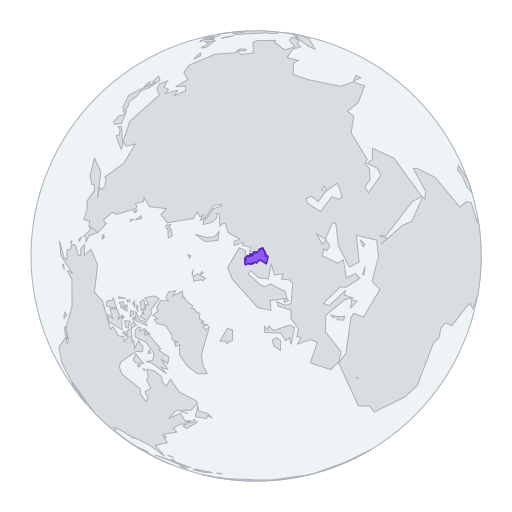 the Earth from above Karelia, rotated 262°
{"feature_id": "RUS-2353", "entity_name": "Karelia", "entity_type": "Republic", "adm_level": 1, "iso_a3": "RUS", "parent_name": "Russia", "parent_adm1": "", "projection": "orthographic", "projection_center": [34.102, 63.665], "detail": "fine", "context": "on_globe", "style": "filled", "palette": "violet", "viewbox_px": 512, "rotation_deg": 262, "n_neighbors": 0, "source": "natural_earth", "source_scale": "10m", "svg_char_len": 14915}
<svg xmlns="http://www.w3.org/2000/svg" viewBox="0 0 512 512"><g transform="rotate(262 256 256)"><circle cx="256" cy="256" r="225" fill="#eef3f6" stroke="#a8b0b8"/><path d="M119.8,76.6L122.8,74.4L157.0,56.4L132.9,67.4L142.4,61.7L153.8,56.1L151.9,57.4L165.6,52.9L176.8,49.0L193.0,48.1L201.7,56.0L195.3,56.6L198.1,58.7L206.3,58.3L210.9,57.6L231.6,66.8L258.3,70.5L267.7,67.2L264.9,71.7L283.3,62.9L298.4,63.5L280.8,65.7L278.5,68.1L288.4,69.8L288.2,72.7L292.9,75.3L291.8,78.8L281.6,80.1L280.6,82.5L287.7,83.5L291.1,87.9L280.8,86.0L285.6,93.5L269.3,97.9L242.8,91.0L233.0,97.6L203.8,101.7L205.8,104.8L196.0,108.8L194.6,113.8L189.6,113.5L192.9,117.9L197.7,117.3L200.8,119.1L200.4,122.2L193.9,122.1L193.2,120.6L191.1,122.2L188.0,120.9L189.3,123.3L181.5,123.0L188.6,127.8L181.9,131.5L176.9,130.1L178.3,124.3L170.1,107.8L165.4,105.1L157.5,107.0L140.7,122.7L135.2,122.5L127.1,126.6L129.7,129.3L136.9,127.1L139.7,133.4L148.3,130.3L150.7,132.5L159.1,132.0L156.8,138.6L150.1,145.4L143.0,146.3L139.8,149.4L145.8,154.1L131.8,161.3L121.3,176.2L117.8,177.6L112.3,169.9L114.3,155.6L107.2,146.9L110.8,159.3L101.9,163.0L100.0,166.6L99.9,170.5L102.9,171.8L99.6,174.6L94.9,163.1L97.8,160.3L99.3,163.9L100.1,157.4L96.9,150.2L92.7,152.9L92.3,140.1L89.2,142.0L87.5,140.5L92.3,138.2L83.6,142.2L82.4,129.9L70.5,137.7L83.3,124.5L88.6,117.0L93.9,108.9L92.0,110.0L101.7,98.6L106.1,91.3L101.2,93.0L92.7,100.9L82.5,112.7L82.4,113.7L76.7,122.1L74.3,122.8L63.3,139.7L61.7,142.0L71.2,127.2L81.8,113.1L93.5,100.0L106.2,87.8L119.8,76.6ZM47.5,170.7L47.0,172.3L44.4,180.6L41.9,186.0L42.4,187.0L39.6,195.4L35.9,216.7L35.5,216.3L32.0,241.2L32.0,264.8L32.0,273.8L31.6,273.9L32.5,282.0L32.6,283.9L39.6,316.3L46.2,336.4L48.0,342.3L47.6,341.5L42.0,326.5L37.6,311.2L34.2,295.7L32.0,279.9L30.9,264.1L30.9,248.1L32.0,232.3L34.2,216.5L37.6,200.9L42.0,185.7L47.5,170.7ZM67.8,139.1L55.4,162.0L59.3,151.4L59.1,152.8L62.9,146.4L69.0,136.1L73.3,127.7L67.8,139.1ZM69.1,143.9L71.0,140.3L69.6,143.5L69.1,143.9ZM213.1,56.8L206.4,58.0L199.2,57.5L204.7,56.1L213.1,56.8ZM226.9,59.1L223.7,60.3L220.9,57.3L223.6,57.5L226.9,59.1ZM274.5,64.4L269.1,64.1L274.4,63.4L274.5,64.4ZM293.8,75.0L295.4,74.3L297.1,76.0L293.8,75.0ZM159.8,128.5L159.4,130.2L158.0,129.4L159.8,128.5ZM163.8,126.7L162.4,124.6L164.1,123.4L164.9,124.8L163.8,126.7ZM297.0,82.9L299.4,86.1L295.2,83.1L297.0,82.9ZM165.0,129.7L167.3,121.7L170.3,119.8L175.8,123.4L165.0,129.7ZM299.6,88.0L305.4,95.9L309.4,94.7L301.3,102.7L299.1,93.2L293.3,89.6L298.0,90.1L299.6,88.0ZM199.4,115.8L194.2,116.6L198.9,113.2L199.4,115.8ZM201.7,113.2L211.6,100.7L219.1,101.3L214.2,105.3L224.2,104.0L223.0,110.4L217.2,112.6L212.6,110.9L215.7,114.7L201.7,113.2ZM295.9,106.0L295.8,108.2L294.0,106.2L295.9,106.0ZM202.4,119.6L203.7,116.9L210.3,117.2L208.8,122.6L207.1,120.8L202.4,119.6ZM227.4,100.7L232.1,102.0L232.3,107.5L234.2,108.8L223.6,110.7L227.4,100.7ZM205.5,122.3L207.9,125.4L204.4,128.1L201.5,122.3L205.5,122.3ZM212.6,115.1L215.7,115.5L213.5,117.0L212.6,115.1ZM193.6,139.8L195.1,136.4L198.6,136.2L193.6,139.8ZM209.0,126.4L210.2,125.5L211.7,125.1L212.6,127.7L209.0,126.4ZM224.5,114.5L223.7,116.6L228.9,114.0L229.3,118.2L222.1,118.7L225.4,120.2L225.5,121.5L219.5,120.6L224.5,114.5ZM218.1,129.2L209.2,131.7L205.7,137.9L202.4,138.2L208.6,128.1L218.1,129.2ZM219.5,124.2L217.9,127.3L214.6,126.0L213.7,123.0L219.5,124.2ZM232.1,120.9L233.3,114.3L234.8,114.4L232.1,120.9ZM217.8,131.3L219.9,130.7L217.9,131.9L217.8,131.3ZM228.4,124.3L228.6,121.9L230.4,122.1L228.4,124.3ZM224.1,131.5L221.2,132.2L220.4,130.2L224.1,131.5ZM226.6,128.4L228.9,129.3L221.9,129.0L226.4,127.3L226.6,128.4ZM230.0,124.9L231.1,124.2L229.7,125.8L230.0,124.9ZM228.5,139.0L219.9,139.2L218.3,134.6L226.9,135.0L228.5,139.0ZM187.3,470.6L173.5,463.4L179.0,461.8L176.7,457.4L159.7,440.4L163.4,434.4L159.0,429.1L149.8,426.0L144.8,419.3L139.3,416.4L105.5,397.8L95.6,383.8L85.0,351.5L91.4,347.6L93.4,336.5L138.4,323.0L147.0,331.5L181.5,341.3L185.6,344.6L180.6,354.0L205.6,374.1L214.8,367.4L238.5,377.3L254.9,377.7L262.5,358.2L235.7,357.3L232.0,346.9L254.3,339.1L277.9,339.6L277.2,335.6L263.1,327.0L269.4,319.1L258.3,323.3L262.2,327.6L255.4,330.5L251.4,326.8L253.8,324.0L246.9,321.9L237.4,336.1L240.3,342.0L221.8,342.4L224.8,352.3L219.5,355.8L212.4,340.5L213.7,335.3L199.8,316.0L196.7,321.4L209.6,340.1L205.2,337.9L201.1,345.8L200.7,338.1L187.4,316.7L171.2,314.2L149.2,326.9L140.0,323.5L133.1,314.2L142.6,294.9L162.0,304.8L165.6,298.5L163.0,285.0L169.1,289.3L170.4,285.1L177.8,288.1L189.6,281.7L197.3,283.5L203.2,271.0L208.0,270.3L203.1,277.8L203.9,284.2L223.3,288.5L227.4,286.3L229.7,278.0L234.7,280.4L234.5,271.8L246.2,269.9L231.6,265.1L233.9,255.7L241.7,249.3L239.8,245.5L227.1,255.9L224.4,260.9L226.3,266.5L216.7,280.0L209.8,280.8L209.9,263.8L200.1,263.2L204.5,250.7L236.0,229.5L248.5,226.2L266.5,240.5L262.8,246.6L254.6,244.3L261.0,255.2L261.1,250.1L265.3,252.2L268.5,244.2L271.6,245.3L269.4,235.8L273.6,236.3L274.9,242.4L283.3,231.4L292.3,230.4L292.7,227.4L290.6,224.4L303.5,225.4L303.2,223.2L298.9,222.0L295.4,216.8L294.5,208.2L299.0,209.0L300.0,212.2L308.8,220.4L310.7,229.1L312.4,228.6L311.9,221.2L301.1,211.2L299.2,205.8L304.9,209.7L302.7,207.8L303.2,205.4L307.9,203.9L301.9,199.3L301.2,172.9L310.2,167.6L315.4,173.8L319.7,157.3L329.6,153.3L325.5,152.1L324.8,143.8L321.7,144.9L319.7,143.7L316.6,123.7L319.3,119.9L313.4,110.6L311.3,110.1L308.9,112.3L301.3,102.7L309.4,94.7L313.7,96.3L315.9,90.5L325.4,95.1L334.2,96.4L343.3,105.2L349.5,105.7L349.7,103.4L358.2,102.7L375.3,109.7L360.9,114.1L335.1,107.0L345.6,110.6L343.1,112.9L346.7,116.2L354.1,118.6L355.1,117.0L366.2,138.0L383.7,152.1L382.8,142.8L387.7,140.3L406.9,149.7L428.9,182.8L435.6,181.1L439.7,184.2L441.7,192.6L436.0,188.2L433.3,192.6L429.7,189.0L431.1,201.6L426.0,197.1L429.6,209.3L434.1,209.7L434.8,200.1L440.1,213.1L447.5,210.1L454.3,216.2L461.6,243.9L460.1,262.8L461.3,266.0L457.6,269.4L457.4,281.6L467.9,282.8L469.2,286.6L466.7,305.9L465.8,303.6L456.2,312.7L457.7,323.8L465.1,318.9L467.8,322.4L463.6,329.0L460.5,326.4L457.0,329.4L455.6,320.9L448.1,314.4L443.7,325.2L441.7,320.0L430.8,317.9L423.1,332.8L412.4,363.0L414.8,376.6L409.4,387.3L393.6,378.4L386.7,366.7L380.8,372.3L364.6,367.3L336.3,379.6L332.4,376.5L327.0,380.6L315.6,379.6L309.7,373.6L302.8,375.9L318.5,391.0L326.0,388.4L332.4,378.9L335.4,384.7L346.4,386.4L333.7,406.2L291.8,428.5L288.1,418.3L257.8,387.2L258.9,383.0L258.8,382.5L258.5,381.6L255.4,388.5L250.3,381.3L266.1,405.5L268.6,415.1L291.2,429.2L289.0,431.1L296.4,433.1L320.5,424.0L320.5,427.4L309.0,444.3L276.0,464.6L280.6,471.8L278.6,476.6L258.5,479.8L260.9,481.1L250.6,481.2L234.5,480.2L218.5,478.1L202.8,474.9L187.3,470.6ZM122.0,337.6L120.5,340.9L122.0,337.6ZM302.5,349.5L316.8,346.9L310.9,335.1L316.0,333.2L312.1,330.0L310.4,334.3L301.1,325.0L307.5,319.4L306.0,313.7L301.1,314.3L290.9,326.1L304.2,339.3L300.7,345.5L302.5,349.5ZM35.8,217.4L35.1,221.0L35.4,217.5L35.8,217.4ZM58.3,151.6L56.4,155.8L54.9,158.6L56.1,155.7L58.3,151.6ZM46.5,187.1L45.1,192.5L45.8,187.6L46.5,187.1ZM53.8,165.5L47.5,183.0L49.1,174.3L53.3,163.6L51.3,169.9L53.8,165.5ZM66.7,144.1L65.2,147.0L64.6,146.9L66.7,144.1ZM68.1,146.3L68.4,145.3L69.8,143.5L68.1,146.3ZM102.2,163.7L102.5,164.7L101.6,168.8L100.6,167.1L102.2,163.7ZM106.9,186.1L101.6,190.2L104.6,185.9L102.0,184.2L105.2,173.5L116.2,177.7L110.6,177.6L106.9,186.1ZM112.6,160.8L109.3,166.8L112.5,160.1L112.6,160.8ZM170.4,260.2L172.4,264.6L168.9,268.6L159.1,267.1L164.1,261.2L170.4,260.2ZM176.2,269.9L179.1,253.9L185.3,254.5L181.3,256.8L185.1,258.8L179.7,263.1L182.9,279.6L180.0,284.3L163.5,278.5L170.5,277.7L168.0,273.4L176.2,269.9ZM175.4,214.8L176.7,208.6L188.5,217.7L185.9,222.5L176.0,221.1L173.2,214.7L175.4,214.8ZM174.5,138.1L174.2,135.7L176.0,135.6L177.7,137.6L174.5,138.1ZM194.0,138.2L177.4,148.8L176.3,146.5L168.0,155.9L161.7,153.5L167.3,147.5L156.3,152.9L158.9,146.5L151.7,150.9L164.9,137.6L166.7,132.3L167.0,139.1L172.7,141.3L175.7,140.7L185.7,135.2L192.5,125.2L199.2,126.1L202.2,129.4L201.5,131.9L197.4,130.5L199.5,134.9L193.0,134.8L194.0,138.2ZM232.7,171.5L228.1,168.1L231.3,178.3L224.8,177.7L225.6,178.9L220.5,181.2L215.7,186.3L212.9,185.0L212.2,187.5L208.9,189.2L207.0,192.3L201.3,191.3L198.6,195.0L197.5,192.4L194.3,199.2L194.1,193.8L189.7,195.6L192.2,199.9L166.1,188.3L155.3,188.2L146.4,191.2L147.3,181.8L156.2,173.1L168.7,166.5L179.0,168.2L177.5,163.8L182.0,163.4L181.3,167.0L185.1,161.2L188.6,161.9L199.7,156.9L203.0,148.4L207.2,146.5L207.6,150.2L211.5,145.7L215.1,151.4L218.2,150.3L224.9,154.9L224.0,162.9L227.5,161.0L232.7,164.6L232.7,171.5ZM230.2,140.5L230.6,149.8L227.3,154.2L217.0,144.4L213.8,144.7L207.1,138.8L212.1,132.7L213.5,134.9L216.1,135.6L213.5,137.2L217.5,136.5L219.6,139.6L223.3,139.9L222.4,142.8L230.2,140.5ZM191.0,342.0L194.3,343.5L199.6,344.5L197.1,349.6L191.0,342.0ZM181.6,327.6L184.7,327.9L183.8,335.4L180.3,333.9L181.6,327.6ZM187.1,321.9L184.9,327.4L184.1,323.6L187.1,321.9ZM206.1,277.7L209.5,277.6L209.5,279.7L207.3,282.2L206.1,277.7ZM241.0,202.8L238.9,199.8L240.1,198.8L239.8,190.9L244.5,190.9L246.6,195.7L241.0,202.8ZM257.5,361.7L252.4,365.5L250.1,363.6L252.3,362.7L257.5,361.7ZM223.0,358.9L230.5,362.5L222.2,360.3L223.0,358.9ZM246.1,201.4L245.5,198.2L248.3,200.2L246.1,201.4ZM248.0,190.5L251.5,192.2L245.1,190.0L248.0,190.5ZM317.3,469.2L301.9,476.5L291.2,478.5L289.2,478.3L294.8,474.6L307.3,471.1L313.4,467.5L317.3,469.2ZM470.7,324.3L467.8,332.3L469.1,328.5L473.8,313.5L473.8,313.4L470.7,324.3ZM468.8,329.2L463.6,338.7L452.5,343.3L456.6,336.9L467.3,325.7L466.8,328.5L470.0,323.6L468.8,329.2ZM478.5,291.4L475.9,304.1L474.4,309.5L473.4,308.0L474.0,302.8L475.5,297.9L478.0,268.3L479.5,263.8L479.3,274.2L480.4,272.4L479.3,285.1L478.6,290.6L478.5,291.4ZM415.8,377.0L421.1,380.2L417.8,384.5L415.8,377.0ZM476.8,253.0L477.3,265.5L476.2,252.1L476.8,253.0ZM474.8,242.8L475.9,244.6L474.6,245.7L474.8,242.8ZM463.3,269.5L461.9,275.3L460.8,273.7L461.9,265.4L463.3,269.5ZM459.5,221.6L463.4,226.8L464.6,229.6L462.0,229.0L459.5,221.6ZM286.0,198.7L281.1,209.5L280.8,217.7L285.6,222.8L276.7,220.4L277.3,207.8L286.0,198.7ZM298.8,175.9L294.6,171.8L297.8,170.7L299.2,171.5L298.8,175.9ZM295.4,175.4L287.7,175.9L286.2,171.7L292.5,172.2L295.4,175.4ZM266.9,188.5L265.1,191.6L262.9,189.8L266.9,188.5ZM480.1,279.0L480.7,270.8L480.9,265.0L481.2,249.5L480.8,269.4L480.9,269.6L481.1,265.7L480.1,279.0ZM480.7,239.9L480.6,238.7L480.7,239.9ZM480.2,241.7L479.2,244.1L479.3,251.1L478.0,234.5L479.3,235.0L480.2,241.7ZM477.7,238.6L478.0,245.1L477.0,236.6L477.7,238.6ZM477.4,245.2L476.3,243.1L476.7,239.3L477.4,245.2ZM477.7,236.0L475.9,230.4L477.0,231.0L477.7,236.0ZM473.3,238.8L475.9,234.4L474.3,243.9L469.3,235.6L469.6,230.5L473.3,238.8ZM443.3,175.7L440.4,174.4L439.3,169.3L441.6,171.6L443.3,175.7ZM433.0,152.6L438.1,167.6L441.7,180.2L442.8,178.1L447.8,184.6L443.5,185.5L437.5,173.7L435.6,165.0L430.9,160.3L426.7,152.3L420.7,149.3L417.4,145.0L422.3,145.1L433.0,152.6ZM418.1,148.4L406.1,141.3L406.1,133.9L408.7,133.8L414.2,140.1L413.9,143.6L418.1,148.4ZM403.2,137.5L402.8,140.9L384.3,139.4L380.4,137.3L394.5,134.1L394.8,137.2L399.4,139.0L403.2,137.5ZM298.2,108.1L296.0,108.2L297.5,106.7L298.2,108.1ZM318.0,144.5L315.6,142.7L317.3,140.9L318.0,144.5ZM309.7,136.7L309.4,140.0L307.8,136.1L309.7,136.7ZM309.2,147.7L308.4,141.2L311.9,147.9L309.2,147.7Z" fill="#d9dde1" stroke="#a8b0b8" stroke-width="1"/><path d="M248.9,245.1L248.8,244.6L248.7,244.3L248.7,244.2L251.3,244.0L252.0,244.2L252.1,244.5L252.4,244.8L252.4,245.2L252.5,245.3L253.2,245.4L253.3,245.0L253.6,244.9L253.6,244.5L254.1,244.5L254.3,244.5L254.5,244.6L254.4,244.6L254.2,244.7L254.3,244.8L254.6,244.7L254.7,244.8L254.8,244.9L255.1,245.0L255.2,244.8L255.3,245.0L255.2,245.0L255.4,245.1L255.2,245.2L255.3,245.3L255.3,245.5L255.0,245.4L254.9,245.5L255.0,245.6L255.3,245.6L255.2,245.6L255.6,245.8L255.8,245.8L256.0,245.9L256.1,246.0L256.4,246.2L256.6,246.4L256.7,246.5L256.7,246.4L256.7,246.5L256.8,246.6L257.0,246.9L256.9,247.0L257.0,247.1L257.2,247.3L257.2,247.5L257.3,247.5L257.2,247.7L257.3,247.8L257.3,248.0L256.9,247.6L256.9,247.9L257.1,247.9L257.0,248.0L257.1,248.4L257.0,248.5L256.9,248.8L256.9,249.0L256.7,248.9L256.7,249.0L256.4,249.1L256.5,249.2L256.4,249.2L256.6,249.3L256.6,249.5L256.8,249.7L256.9,249.8L257.0,250.0L256.9,250.1L257.0,250.3L257.1,250.5L257.0,250.8L257.2,251.1L257.3,251.1L257.4,251.3L257.3,251.5L257.1,251.6L257.5,251.6L257.5,251.8L257.3,251.9L257.2,251.9L257.4,252.1L257.5,252.2L257.5,252.3L257.3,252.5L257.1,252.5L257.3,252.6L257.5,252.7L257.5,252.8L257.4,252.9L257.5,253.0L257.8,253.2L258.0,253.2L258.0,253.3L258.1,253.5L258.4,253.4L258.5,253.4L258.5,253.1L258.9,253.3L259.0,253.4L259.1,253.5L259.2,253.9L259.3,253.9L259.5,253.9L259.6,254.1L259.6,254.3L259.8,254.4L259.7,254.5L259.8,254.6L260.0,254.6L260.2,254.8L260.2,255.1L260.2,255.3L260.3,255.5L260.2,255.8L260.0,256.0L259.2,256.1L259.1,256.3L259.4,256.7L259.7,256.9L259.8,257.2L259.8,257.4L259.8,257.6L260.1,257.7L260.1,257.8L259.9,257.9L259.9,258.1L259.9,258.3L259.9,258.6L260.2,259.0L260.3,259.2L260.8,259.6L261.4,259.9L261.6,259.8L261.7,259.7L261.9,259.7L262.0,259.8L262.2,260.0L262.3,260.4L262.3,260.6L262.3,260.8L262.3,261.0L262.2,261.2L262.1,261.3L262.1,261.5L262.6,261.6L262.7,261.8L262.8,262.0L262.8,262.4L263.1,262.5L263.1,262.9L263.0,263.3L263.0,263.5L262.9,263.7L262.9,264.2L262.0,264.4L261.9,264.2L261.4,264.0L261.1,264.2L260.7,264.2L260.6,264.3L260.4,264.8L258.8,265.7L258.5,265.8L258.4,265.8L258.3,265.7L258.4,265.4L258.2,265.5L257.4,265.4L257.2,265.2L257.0,265.4L256.8,265.4L256.7,265.6L256.7,265.8L256.4,265.7L256.2,265.5L254.9,265.6L254.8,265.8L254.7,265.9L254.8,266.0L255.0,266.2L255.3,266.0L255.5,266.1L255.4,266.5L255.0,266.6L254.8,266.5L254.7,266.5L254.3,266.9L254.2,267.1L254.3,267.2L254.1,267.3L254.1,267.5L253.7,267.5L253.5,267.8L253.3,267.8L248.0,265.5L247.4,265.5L247.3,265.2L247.1,265.1L246.9,264.9L247.0,264.8L247.3,264.5L247.4,264.3L247.6,264.2L247.9,263.9L248.1,263.6L248.3,263.4L249.1,262.4L249.3,262.1L249.6,261.8L249.7,261.6L250.2,261.2L250.3,261.0L250.6,260.7L250.8,260.5L250.9,260.2L251.1,259.9L251.2,259.5L251.2,259.3L251.5,258.9L251.4,258.8L251.4,258.6L251.2,258.3L251.0,258.1L250.9,258.0L250.9,257.7L250.5,257.3L250.2,257.0L249.6,256.6L249.5,256.3L249.3,256.1L248.9,255.6L249.0,255.4L249.4,255.1L249.5,254.9L249.9,254.4L250.0,254.2L249.9,253.9L249.9,253.7L249.6,253.3L249.6,253.2L249.3,253.1L249.2,253.0L249.1,252.9L249.2,252.6L249.1,252.4L249.0,252.2L249.3,252.1L249.4,251.9L249.3,251.6L249.2,251.4L248.9,251.4L248.6,251.1L248.6,250.9L248.5,250.5L248.5,250.4L248.6,250.2L248.9,250.1L249.0,250.1L248.9,250.0L248.9,249.9L249.0,249.9L249.0,249.7L248.9,249.7L248.6,249.6L248.6,249.4L248.8,249.2L248.8,248.7L249.1,248.3L249.0,248.2L248.9,248.1L249.0,248.0L249.4,247.9L249.5,248.0L249.5,247.9L249.5,247.3L249.4,246.7L249.3,246.2L249.2,245.9L249.0,245.4L248.9,245.1ZM258.9,250.5L258.7,250.9L258.7,250.6L258.4,250.5L258.3,250.4L258.3,250.2L258.6,250.1L258.8,250.1L258.9,250.4L258.9,250.5L258.9,250.4L258.9,250.5ZM259.2,250.1L259.6,250.1L259.2,250.2L259.2,250.1ZM259.1,253.0L259.3,253.2L259.3,253.3L259.2,253.3L259.1,253.2L259.1,253.0Z" fill="#8b5cf6" stroke="#5b21b6" stroke-width="1.5"/></g></svg>